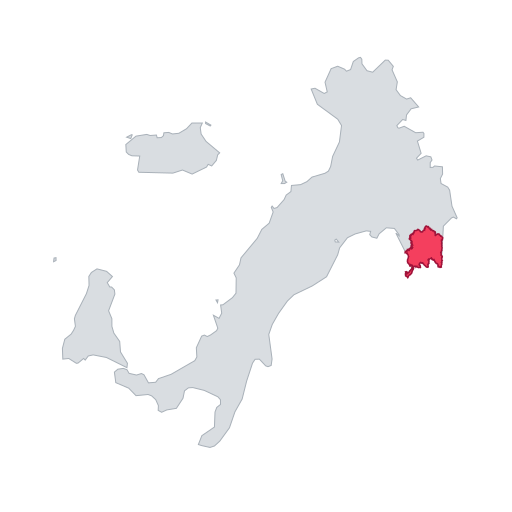 Friuli Venezia Giulia, Udine, Italy (highlighted), rotated 83°
{"feature_id": "23120603B53770696546298", "entity_name": "Friuli Venezia Giulia", "entity_type": "district", "adm_level": 2, "iso_a3": "ITA", "parent_name": "Italy", "parent_adm1": "Udine", "projection": "natural_earth1", "projection_center": [13.386, 46.114], "detail": "fine", "context": "in_parent", "style": "filled", "palette": "rose", "viewbox_px": 512, "rotation_deg": 83, "n_neighbors": 0, "source": "geoboundaries", "source_scale": "gbopen_adm2", "svg_char_len": 9186}
<svg xmlns="http://www.w3.org/2000/svg" viewBox="0 0 512 512"><g transform="rotate(83 256 256)"><path d="M84.5,96.6L87.8,98.3L100.4,94.5L108.0,96.7L114.4,93.1L118.6,87.4L117.8,83.2L127.9,76.4L128.8,84.1L134.3,89.4L139.7,90.7L138.4,93.8L143.7,100.3L145.9,99.7L146.6,98.5L145.3,93.1L153.1,82.5L153.5,75.2L154.9,74.4L158.6,74.9L161.6,81.8L174.2,79.6L178.5,84.8L180.5,83.8L177.3,74.9L178.9,70.4L182.2,69.6L184.5,71.7L189.3,72.3L189.6,69.6L188.4,67.8L190.2,60.1L197.4,60.8L201.6,63.6L206.6,63.5L211.0,57.3L214.3,55.8L230.5,55.4L242.6,51.7L243.5,52.5L241.4,55.4L242.1,57.4L249.2,66.4L289.2,73.5L288.6,75.7L280.0,81.3L279.4,83.5L280.7,85.4L287.2,86.8L282.7,92.2L282.7,94.2L286.2,94.5L285.7,101.0L289.9,103.0L294.6,108.7L289.9,109.7L291.8,108.2L287.1,102.6L282.1,105.0L274.1,102.6L268.7,107.8L250.3,114.4L253.5,111.4L252.2,111.4L245.5,115.3L243.9,123.2L249.0,131.1L253.1,133.9L251.2,138.7L248.7,140.5L245.5,139.2L244.5,143.5L246.2,154.9L249.0,163.0L258.1,172.0L264.8,174.8L285.2,188.5L292.6,203.9L299.1,223.1L304.5,230.3L315.7,240.6L325.9,248.2L335.4,252.9L360.2,252.6L366.5,254.3L367.3,257.6L366.2,259.8L358.8,265.2L358.4,269.5L361.9,272.5L378.9,280.5L396.3,287.2L408.1,295.9L423.3,303.3L435.3,314.5L439.5,320.4L440.4,325.0L437.6,332.9L436.1,336.2L427.7,331.6L420.7,318.1L405.9,315.7L401.5,313.4L399.0,309.3L394.3,308.8L391.1,311.0L383.1,323.7L378.9,334.7L378.6,339.1L381.1,343.4L388.3,345.8L397.5,353.6L397.9,363.3L399.6,368.7L397.3,371.9L392.6,371.1L386.4,373.0L382.1,376.6L380.3,380.0L380.0,392.1L371.7,398.4L364.6,410.6L354.0,410.7L351.5,406.9L351.4,401.3L353.2,397.9L357.0,396.3L359.6,389.1L358.7,384.0L360.2,381.7L368.8,378.2L369.1,371.0L365.8,367.7L363.1,354.7L352.4,329.5L349.0,327.0L339.8,326.4L328.9,319.7L328.2,316.9L330.0,314.2L328.8,310.6L325.3,304.2L323.0,302.7L309.6,305.5L313.4,300.3L308.6,297.0L300.3,297.1L300.4,294.8L294.5,284.5L290.5,280.4L275.3,278.3L270.3,280.0L262.8,273.5L256.0,271.1L238.6,252.6L230.3,247.0L225.0,238.9L214.4,233.6L209.6,234.9L208.4,233.9L211.0,232.3L210.5,229.2L203.4,221.2L199.2,218.6L196.3,213.5L190.3,212.2L190.6,203.0L188.4,196.4L184.5,190.8L182.3,177.5L180.6,173.8L176.3,171.0L166.5,167.8L153.0,159.3L136.9,155.2L130.2,158.2L112.9,176.6L97.0,180.9L96.7,177.0L103.0,168.5L101.8,165.3L91.9,166.3L79.2,158.6L77.6,151.8L81.4,145.3L83.6,143.7L82.5,139.4L74.8,135.7L71.8,130.0L71.6,128.1L73.6,127.0L78.2,127.4L85.6,123.3L87.8,117.8L77.3,103.8L77.8,100.9L84.5,96.6ZM251.7,175.6L252.3,172.2L249.0,174.3L249.9,175.9L251.7,175.6ZM351.1,397.7L338.5,416.8L334.3,429.7L334.8,434.7L338.5,438.2L336.7,439.6L340.6,445.7L340.6,447.4L334.9,454.3L334.8,460.3L324.1,459.4L315.3,455.9L311.0,449.0L307.5,446.1L303.8,443.8L296.2,443.9L292.9,442.5L272.7,428.9L264.9,425.3L255.9,424.4L252.3,421.4L249.4,415.4L253.0,406.2L258.9,401.0L264.3,406.9L268.9,404.9L269.2,403.1L272.4,400.7L276.6,400.7L292.4,409.0L300.7,406.7L308.3,407.6L315.2,406.5L324.2,401.7L334.7,402.2L346.8,396.7L351.1,397.7ZM161.7,294.3L166.9,309.4L161.7,318.5L163.6,328.4L158.6,362.1L156.2,363.1L142.6,359.2L141.4,367.0L139.6,370.1L136.9,372.1L129.5,371.6L122.4,360.5L122.0,349.6L123.5,346.4L123.8,340.1L126.6,339.7L126.9,335.5L125.3,333.2L122.5,332.4L122.7,327.6L124.7,324.0L124.8,317.6L121.2,309.4L116.2,303.4L117.5,293.1L121.8,295.7L128.3,295.6L136.2,291.6L149.2,279.5L150.9,281.7L156.3,283.7L161.2,289.0L159.2,292.3L161.7,294.3ZM186.5,216.5L187.6,218.9L187.2,222.2L184.6,220.3L178.2,221.1L177.6,219.4L185.4,217.9L186.5,216.5ZM124.2,366.0L122.3,369.9L120.4,364.8L120.7,364.1L124.2,366.0ZM121.4,285.6L118.4,289.9L116.9,289.7L120.6,284.8L121.4,285.6ZM237.0,457.6L233.4,456.7L233.3,454.7L236.1,455.0L237.0,457.6ZM297.7,299.9L294.8,301.1L294.9,299.0L297.7,299.9Z" fill="#d9dde1" stroke="#a8b0b8" stroke-width="1"/><path d="M270.9,107.6L271.1,106.8L272.3,105.8L272.5,105.5L272.3,105.4L273.0,105.2L273.4,104.9L274.9,104.8L275.3,104.6L275.5,104.8L275.6,105.2L275.6,104.9L276.7,105.2L278.3,106.1L278.6,106.2L279.0,106.0L279.7,106.4L280.3,106.2L281.1,106.3L281.1,106.1L281.8,105.7L282.0,105.3L282.2,105.2L281.9,104.9L282.3,105.2L282.7,105.2L284.1,104.5L284.8,104.4L284.8,104.2L283.9,103.9L283.6,103.6L283.9,103.5L283.8,103.4L283.9,103.2L283.9,102.6L284.5,102.1L284.7,102.3L284.5,102.0L284.3,102.2L284.1,102.0L284.0,101.9L284.2,102.0L284.4,101.8L284.6,101.9L284.1,101.3L284.9,102.2L285.1,102.1L284.9,102.2L284.9,102.4L285.6,102.5L285.6,102.2L286.3,102.6L287.2,102.6L289.6,105.0L289.6,105.3L290.3,105.5L290.9,106.1L290.9,106.3L291.4,107.2L291.1,107.5L291.0,107.4L290.9,107.3L290.6,107.7L291.2,107.9L291.0,108.0L291.3,108.1L291.3,107.8L291.5,107.9L291.5,108.0L291.6,107.9L291.7,108.0L291.5,108.3L291.9,108.7L291.8,108.8L291.6,108.7L291.5,108.8L292.3,108.9L292.8,108.7L292.5,108.9L292.6,109.0L292.3,108.9L292.2,109.1L292.3,109.1L291.9,109.3L291.3,109.0L290.3,108.9L289.9,109.0L290.0,109.5L290.7,109.3L291.9,109.9L293.6,109.9L293.9,109.9L294.0,109.6L294.4,109.4L294.4,108.9L296.0,108.0L295.5,107.6L294.4,107.0L293.4,105.9L293.3,105.7L293.4,105.4L293.4,105.1L292.7,104.5L292.2,103.7L291.3,103.4L291.2,103.2L290.7,103.2L290.3,103.0L290.2,102.8L289.4,102.4L288.6,101.7L288.5,101.8L288.3,101.5L287.3,101.5L287.3,101.4L286.9,101.6L286.0,101.2L286.1,100.7L285.8,100.1L285.4,99.6L285.7,98.7L286.0,98.6L285.9,98.0L286.1,98.1L286.0,97.9L286.5,97.6L286.8,96.9L287.3,96.2L287.2,95.6L287.5,94.3L287.2,94.1L286.8,94.3L285.9,94.1L285.5,94.3L285.2,94.9L284.6,94.9L284.4,95.1L284.0,95.0L283.9,94.7L283.7,94.7L283.2,94.5L282.4,93.4L282.5,93.2L282.9,93.1L283.3,92.4L283.4,91.9L283.0,91.8L283.0,91.4L284.0,91.1L284.4,90.7L284.5,90.5L285.3,90.2L285.7,89.8L286.0,89.6L286.2,89.3L287.5,88.4L287.9,87.8L287.8,87.4L288.1,87.1L288.1,86.7L287.2,86.3L286.6,86.5L285.8,86.3L285.4,86.5L285.2,86.5L285.2,86.1L284.7,85.6L284.0,85.4L284.0,85.2L283.2,85.3L283.0,85.2L282.6,85.0L281.4,84.9L281.5,85.4L280.8,85.7L280.3,85.3L280.6,85.0L280.4,84.9L280.7,84.6L280.4,84.4L280.0,83.8L279.8,82.8L279.6,82.4L279.4,82.4L279.3,82.1L280.1,82.0L280.3,81.8L280.6,81.8L280.5,81.4L280.8,81.1L281.2,81.2L281.5,80.8L281.6,80.7L281.2,79.9L281.2,79.7L282.2,79.6L282.6,79.3L283.6,79.0L283.6,78.8L283.9,78.6L284.2,78.7L284.4,78.5L285.1,78.2L285.5,77.8L285.5,77.1L286.1,76.6L287.7,76.3L287.8,76.6L288.9,76.6L289.2,75.9L289.0,75.5L289.5,75.0L289.3,74.9L289.4,74.5L289.3,74.3L289.7,74.0L289.6,73.4L288.6,73.4L287.5,73.0L287.0,72.6L286.1,72.5L285.2,72.7L285.2,72.4L285.0,72.2L284.4,72.2L283.7,72.4L283.5,72.1L283.3,72.1L283.2,71.7L282.3,72.0L280.8,72.0L280.3,71.9L280.3,71.5L279.2,71.2L279.1,71.4L279.2,71.6L278.4,71.5L277.6,72.3L276.9,71.9L276.6,72.0L276.1,71.9L275.8,72.0L275.6,71.9L275.2,72.2L274.9,72.2L274.5,71.5L273.7,71.4L273.3,71.2L273.0,70.8L272.3,70.9L270.4,70.3L269.2,70.6L268.8,70.5L268.5,70.3L267.5,70.4L266.5,70.1L266.3,70.3L265.6,70.0L264.4,70.1L263.7,70.0L263.2,70.1L262.8,70.0L262.9,69.3L262.7,69.1L262.3,69.3L261.8,69.1L261.6,68.7L260.4,68.5L260.1,68.9L258.9,69.5L258.9,70.3L258.3,70.4L257.3,71.5L257.0,71.3L256.7,71.4L256.3,72.3L256.2,73.0L256.4,73.5L256.5,73.5L256.5,74.2L257.3,74.9L257.5,75.5L257.3,75.6L256.9,75.3L256.2,75.2L255.8,75.6L254.6,75.1L253.8,76.0L253.5,75.6L253.4,75.8L253.4,76.2L252.7,76.5L252.3,77.2L252.5,77.7L251.9,78.1L251.6,78.5L251.2,78.5L251.4,79.3L251.1,79.3L251.2,79.5L250.3,80.0L250.0,79.9L250.1,80.4L249.8,81.0L249.8,80.8L248.8,80.8L248.0,81.3L248.2,81.5L248.0,81.8L248.1,82.3L247.3,82.7L247.0,83.2L247.1,83.8L247.4,83.9L247.6,84.4L248.0,84.5L248.6,85.0L249.5,84.8L249.7,85.0L249.5,85.5L250.9,85.6L250.7,86.0L250.9,86.7L251.4,87.2L252.2,87.6L252.4,88.1L252.4,88.6L252.2,88.8L252.3,89.0L252.0,89.6L251.5,89.9L251.6,90.0L251.4,90.1L250.6,90.4L249.9,91.3L249.7,91.4L249.6,92.0L249.4,92.1L249.9,92.6L250.0,93.4L250.3,93.9L250.2,94.9L250.1,95.4L250.2,95.7L251.0,95.9L251.1,95.7L251.1,95.9L251.4,96.0L251.3,96.3L251.8,96.6L252.6,96.7L252.7,97.2L253.2,97.4L252.7,97.7L253.1,98.2L253.5,98.2L253.5,98.4L253.4,98.4L253.5,98.5L253.5,98.8L253.4,99.0L254.0,99.1L254.1,99.3L254.0,99.5L254.3,99.6L254.0,99.9L254.2,100.1L254.1,100.3L254.3,100.5L254.5,100.2L254.7,100.5L254.9,100.5L255.1,100.9L255.3,100.9L255.3,100.7L255.5,100.6L255.3,100.3L255.8,100.0L255.7,100.1L256.0,100.3L256.5,100.3L256.4,100.5L256.6,100.8L257.0,100.7L256.9,101.0L257.2,101.1L257.0,101.4L257.7,101.8L258.6,101.1L259.5,100.0L259.9,100.4L260.6,99.8L260.7,99.5L261.0,99.4L261.5,99.7L261.8,99.7L261.6,100.2L261.7,100.6L261.9,100.7L262.2,100.5L262.2,100.2L262.8,99.9L262.8,99.6L263.5,99.5L263.8,99.7L264.0,99.5L264.0,99.8L263.8,100.2L264.0,100.3L264.0,100.5L264.5,100.7L265.0,100.3L265.2,100.5L265.3,100.3L265.6,100.8L266.2,100.7L266.5,100.6L266.3,100.3L266.3,99.8L266.6,99.6L266.8,100.1L267.1,100.1L266.9,100.4L267.0,100.6L267.3,100.5L267.0,100.7L267.6,100.9L267.4,101.1L267.3,100.9L267.1,100.9L267.0,101.2L267.2,101.6L267.3,101.6L267.5,101.4L267.5,101.6L266.9,101.8L267.3,102.1L267.3,102.4L267.6,102.4L267.8,102.7L268.2,102.9L267.8,103.0L267.9,103.3L267.8,103.5L268.3,103.8L268.3,104.0L268.0,104.2L268.0,104.4L268.3,104.2L268.7,104.0L268.6,104.3L269.0,104.5L269.0,105.1L269.2,105.3L268.9,105.4L269.2,105.6L269.3,105.5L269.1,105.9L269.4,106.2L269.7,106.2L269.8,106.4L269.7,106.8L269.7,107.1L270.3,107.0L270.2,107.3L270.5,107.3L270.9,107.6ZM291.1,106.8L291.2,107.1L291.1,106.8ZM290.5,108.6L290.4,108.0L290.5,108.6Z" fill="#f43f5e" stroke="#9f1239" stroke-width="1.5"/></g></svg>